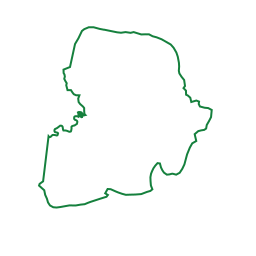 Kerian, Perak, Malaysia (Albers equal-area conic projection), rotated 285°
{"feature_id": "92858781B48608892505394", "entity_name": "Kerian", "entity_type": "district", "adm_level": 2, "iso_a3": "MYS", "parent_name": "Malaysia", "parent_adm1": "Perak", "projection": "albers", "projection_center": [100.545, 4.99], "detail": "fine", "context": "isolated", "style": "outline", "palette": "green", "viewbox_px": 256, "rotation_deg": 285, "n_neighbors": 0, "source": "geoboundaries", "source_scale": "gbopen_adm2", "svg_char_len": 2576}
<svg xmlns="http://www.w3.org/2000/svg" viewBox="0 0 256 256"><g transform="rotate(285 128 128)"><path d="M167.7,50.6L164.4,51.6L163.2,52.8L161.3,53.7L159.0,53.7L157.1,55.4L155.4,57.2L153.3,57.3L148.9,59.8L149.8,63.1L147.9,65.2L146.6,66.9L146.2,69.4L147.0,72.6L143.5,72.3L140.3,73.6L138.8,75.5L137.0,79.1L135.9,80.5L134.0,81.0L131.5,81.8L130.0,82.6L129.5,83.5L128.5,81.7L129.4,80.8L130.3,79.9L131.0,79.0L131.0,78.3L130.4,78.3L129.6,78.5L128.9,78.5L128.3,79.8L128.1,80.6L126.7,80.8L126.4,80.2L126.9,79.0L127.3,78.0L128.3,77.6L129.4,78.0L130.9,77.4L130.8,76.5L130.4,75.9L130.1,75.6L129.1,76.3L128.1,76.7L127.3,77.0L126.6,77.4L126.0,77.3L126.2,76.3L126.1,75.3L125.8,74.3L125.3,73.5L124.9,73.3L124.1,73.3L122.9,73.6L122.2,74.6L122.1,75.6L122.0,76.3L121.5,77.1L120.8,77.5L118.8,77.6L116.6,75.7L116.1,74.6L115.2,73.4L114.4,73.1L112.9,73.6L111.8,73.7L110.7,73.8L109.9,73.7L109.3,72.8L109.2,71.7L109.4,70.5L109.5,69.4L109.4,68.2L109.1,67.1L108.9,66.3L109.6,65.7L111.4,64.9L112.4,64.4L112.8,63.8L113.0,63.2L112.7,61.9L109.7,59.6L108.0,57.7L107.0,57.5L105.9,57.8L105.2,58.5L105.2,59.3L105.2,60.3L105.2,61.2L104.8,61.8L103.4,61.8L102.7,61.7L102.3,61.0L102.3,59.5L102.1,58.0L101.7,56.9L100.8,56.3L99.4,55.5L98.8,54.4L99.5,53.4L54.5,59.8L51.2,57.1L49.3,57.0L46.2,63.2L42.0,65.3L38.7,68.0L35.4,70.0L33.0,72.7L32.1,76.3L32.7,79.6L34.2,83.2L36.6,88.3L38.1,91.5L39.6,97.5L41.7,102.0L43.2,105.9L45.3,108.6L47.0,111.0L52.4,119.3L54.5,122.6L56.0,125.0L58.1,125.9L59.0,122.9L63.8,124.1L64.4,127.1L63.5,132.8L63.2,135.2L62.9,139.3L62.9,143.2L64.1,147.1L65.6,152.2L67.6,157.9L71.2,162.9L73.0,165.9L75.1,167.4L78.4,165.0L82.6,163.5L86.2,162.4L89.8,162.1L92.4,162.4L95.7,163.0L98.7,164.1L101.7,165.6L102.0,168.0L98.4,170.1L96.0,172.2L94.2,174.3L93.0,177.6L93.9,180.0L95.1,182.1L95.4,183.0L95.4,186.6L98.1,189.5L102.6,191.0L107.4,191.9L111.0,191.9L112.8,191.9L117.8,191.9L125.0,192.8L129.8,194.0L133.1,197.3L139.3,194.0L143.2,196.7L144.7,199.4L145.9,202.1L147.7,203.6L151.3,203.3L155.8,204.5L160.0,205.4L167.1,204.2L168.0,200.3L167.4,196.7L167.4,191.9L169.5,190.1L171.9,189.8L172.2,186.9L169.5,182.4L173.4,180.3L174.9,177.3L175.2,175.5L179.1,174.3L180.9,171.3L183.3,172.2L188.9,169.8L191.3,166.5L194.0,163.5L196.4,162.3L200.6,161.5L204.2,160.3L209.8,157.6L213.4,155.2L217.3,151.3L219.7,147.7L222.4,137.5L223.0,132.2L223.0,128.0L223.9,124.1L223.0,120.5L221.8,116.6L222.1,108.6L220.6,105.9L220.0,100.8L218.2,96.6L217.6,92.7L216.8,79.5L216.7,79.3L216.4,75.1L216.4,68.8L215.2,64.1L212.2,60.2L209.8,58.4L201.8,56.9L195.4,55.1L171.9,56.2L167.7,50.6Z" fill="none" stroke="#15803d" stroke-width="2"/></g></svg>